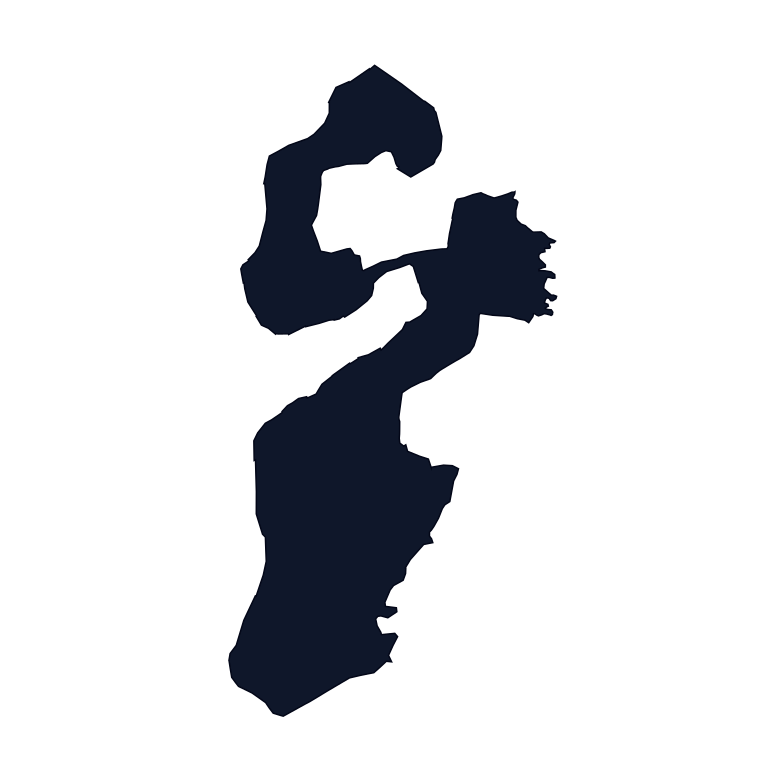 outline of Dowein, Bomi, Liberia, rotated 263°
{"feature_id": "62588387B7448810269647", "entity_name": "Dowein", "entity_type": "district", "adm_level": 2, "iso_a3": "LBR", "parent_name": "Liberia", "parent_adm1": "Bomi", "projection": "natural_earth1", "projection_center": [-10.878, 6.566], "detail": "fine", "context": "isolated", "style": "filled", "palette": "ink", "viewbox_px": 768, "rotation_deg": 263, "n_neighbors": 0, "source": "geoboundaries", "source_scale": "gbopen_adm2", "svg_char_len": 5853}
<svg xmlns="http://www.w3.org/2000/svg" viewBox="0 0 768 768"><g transform="rotate(263 384 384)"><path d="M669.7,363.0L670.4,364.1L659.5,362.7L650.1,356.9L640.4,345.0L638.1,340.5L636.9,338.2L632.5,318.6L628.0,307.8L624.4,298.5L624.2,298.0L616.0,294.7L604.0,291.3L597.5,289.1L597.5,290.1L572.1,289.2L560.7,286.9L549.6,282.3L536.1,277.0L530.0,271.9L523.9,264.3L522.7,264.9L519.5,258.5L515.7,255.9L510.7,256.1L502.8,256.6L501.4,256.7L501.6,257.4L495.6,257.4L481.9,258.9L467.3,265.8L466.8,265.3L457.4,269.5L455.8,272.1L453.4,276.1L446.7,282.4L447.1,282.7L446.5,285.6L445.5,295.1L444.7,295.3L451.0,313.1L450.4,313.2L451.8,324.5L452.1,327.0L454.0,337.2L454.0,342.4L453.5,342.4L454.1,347.7L456.4,351.8L455.2,353.1L461.1,365.4L468.6,377.4L473.3,382.5L480.4,385.1L485.4,385.8L490.3,391.9L495.3,400.3L497.7,413.7L500.2,423.9L497.1,427.4L480.4,430.4L480.4,431.1L469.4,432.6L460.8,437.2L453.3,435.9L447.4,429.1L443.7,420.3L442.3,417.1L442.5,413.3L440.7,412.1L435.8,408.9L431.2,402.7L424.0,392.9L420.4,388.4L418.0,385.2L420.0,384.6L414.9,372.0L413.3,361.5L412.3,361.5L409.3,355.3L408.2,353.0L408.9,352.5L408.4,351.5L406.8,348.6L405.1,345.5L398.6,333.6L398.1,333.6L391.3,322.4L385.5,317.8L382.3,315.4L379.4,306.0L380.8,305.7L380.0,297.4L376.4,290.8L374.3,285.6L369.1,279.4L368.0,279.4L362.1,268.0L359.5,261.4L350.9,252.7L343.5,247.9L323.9,245.8L324.4,247.2L323.2,247.1L292.7,244.2L270.6,241.4L251.1,244.9L249.8,245.1L246.5,247.6L222.3,245.5L209.1,240.9L189.1,231.3L189.4,230.5L166.6,216.1L142.6,205.5L135.2,198.4L128.5,196.4L127.9,196.5L120.8,196.7L111.4,197.1L105.7,200.3L101.7,202.7L101.3,203.2L96.1,211.3L93.4,215.4L82.2,227.7L79.8,228.9L76.1,230.8L70.8,233.9L67.5,241.3L66.6,243.5L67.6,246.0L72.7,258.6L76.4,267.8L76.5,268.2L77.9,271.8L86.3,290.5L96.5,313.9L97.7,325.1L98.3,332.7L98.7,338.7L103.3,345.4L108.5,352.5L107.3,357.7L114.1,355.4L123.6,361.2L131.6,366.7L135.2,364.3L135.5,350.9L137.9,350.6L144.8,347.7L151.9,347.1L154.2,349.6L154.2,352.7L151.5,359.3L156.4,369.0L160.4,369.0L163.1,358.3L167.3,358.3L178.8,365.0L182.8,368.9L186.9,379.1L193.2,382.3L198.6,383.2L198.9,382.7L206.6,388.8L219.9,403.8L220.6,413.1L224.6,412.3L227.5,410.6L231.5,411.1L233.2,413.2L236.5,416.1L244.1,421.7L253.2,426.7L256.7,429.7L259.3,435.0L279.3,441.3L285.4,445.4L290.8,447.6L294.6,441.9L296.2,433.2L295.6,421.2L294.6,420.8L304.1,418.9L307.6,411.3L308.3,409.9L314.3,399.2L321.0,398.2L320.4,396.9L320.0,396.0L323.4,392.5L327.7,392.5L328.2,392.5L330.2,392.9L332.2,393.3L335.6,393.8L344.8,395.0L346.0,394.8L347.4,394.5L347.9,394.6L349.1,394.6L352.6,395.5L370.2,400.1L372.3,400.7L373.2,401.0L376.2,406.9L377.8,410.3L379.4,414.9L381.3,420.3L383.3,429.4L383.7,431.0L385.3,433.1L388.3,437.1L389.8,439.6L390.6,440.9L392.4,444.7L392.8,445.7L394.1,448.5L395.3,451.2L398.3,458.1L399.9,462.1L404.9,472.8L405.3,473.1L411.0,477.9L422.1,482.9L424.6,483.4L432.3,485.0L439.6,486.5L441.0,486.8L442.4,488.1L442.2,488.8L439.0,500.3L436.0,516.2L435.9,517.0L432.6,524.2L432.4,524.8L430.2,531.6L427.2,535.1L428.0,535.8L430.2,537.7L432.8,540.0L433.6,540.3L435.6,540.9L435.2,542.4L433.7,544.1L432.8,545.6L433.4,548.9L434.3,551.5L433.7,553.8L432.3,557.3L431.7,558.2L432.0,558.8L432.4,559.6L434.3,560.1L434.7,560.3L436.6,559.4L437.3,559.0L437.9,556.0L438.4,554.5L439.2,553.5L439.7,553.2L440.8,555.3L441.2,556.6L443.1,556.4L443.9,554.9L444.7,553.6L445.1,553.1L447.9,554.4L449.3,555.5L449.7,555.7L449.1,558.0L448.6,558.5L446.4,559.6L446.1,561.6L447.7,565.0L450.0,566.0L450.6,565.0L451.6,563.0L451.7,561.0L454.5,558.4L455.1,557.9L456.7,556.5L459.3,554.2L459.8,554.2L461.0,554.5L463.9,555.2L466.7,557.0L467.5,557.4L470.0,559.0L469.6,561.3L468.4,564.3L468.3,566.5L468.7,566.6L471.9,566.8L473.3,565.2L474.9,563.6L476.7,557.7L477.3,554.4L477.4,553.1L477.6,551.5L478.9,551.7L480.0,555.4L480.4,558.4L482.6,558.7L485.9,556.1L488.9,553.5L490.9,553.0L493.5,553.5L495.2,555.6L495.3,556.5L495.6,559.1L495.7,559.9L499.1,559.9L498.7,562.7L498.6,565.1L499.9,565.9L502.5,564.9L503.8,565.9L503.6,570.0L504.9,571.6L505.7,570.5L509.0,564.8L513.6,561.4L515.8,558.6L516.0,556.4L516.2,554.2L516.4,551.9L516.5,551.2L516.7,550.1L520.7,546.4L521.3,545.7L523.9,543.6L526.0,539.6L530.1,536.2L530.7,535.9L531.3,535.8L533.4,535.2L538.9,535.9L540.4,536.1L546.1,538.3L548.2,539.1L550.3,537.8L551.5,535.1L552.0,534.7L553.2,534.6L555.8,536.3L556.7,536.9L558.3,537.3L558.9,537.4L558.6,536.8L558.8,534.3L557.6,530.0L556.3,523.6L555.5,518.4L555.2,515.9L558.4,509.4L559.4,507.9L560.6,505.6L562.0,503.6L561.1,495.3L560.2,491.7L560.1,491.0L559.0,486.3L558.5,479.3L556.4,477.6L555.1,476.7L550.3,475.3L544.3,473.1L540.2,471.8L538.6,472.2L537.8,471.6L529.2,468.7L525.5,467.4L516.4,464.9L515.9,464.7L512.9,464.6L511.0,463.4L510.5,463.1L511.0,457.3L511.0,446.7L511.0,442.8L511.0,442.3L510.4,430.5L509.2,419.1L508.6,417.6L507.4,414.5L506.4,411.9L506.0,406.1L505.3,396.3L502.2,387.4L500.0,380.2L499.6,378.9L499.0,377.9L499.5,376.4L503.3,376.0L508.2,375.6L509.8,375.7L511.5,375.8L514.1,375.3L514.4,374.2L514.7,373.4L514.9,372.7L515.8,370.2L520.2,368.4L522.6,366.9L522.6,363.6L520.1,347.6L520.4,346.7L522.4,340.9L522.7,339.8L523.6,337.2L524.2,337.1L534.1,335.2L544.5,332.6L549.2,331.6L550.5,331.3L552.6,332.7L559.5,337.6L561.5,338.2L565.4,339.4L570.6,340.8L581.6,343.6L589.5,345.6L596.2,346.2L598.0,346.5L598.9,347.0L601.1,348.2L602.0,348.8L603.3,350.1L603.7,351.8L604.3,354.6L604.8,355.4L605.5,362.1L605.5,365.3L606.7,373.9L606.1,381.7L605.1,391.8L605.1,394.4L607.9,398.5L610.8,402.7L614.1,409.5L615.4,414.3L613.6,419.6L607.8,421.6L606.6,421.8L601.2,422.7L598.4,423.8L598.1,425.3L596.4,424.5L596.0,423.5L586.2,435.8L596.4,459.6L598.0,461.1L600.5,462.1L604.6,465.8L608.9,468.8L620.1,471.1L622.4,471.5L622.8,471.6L647.3,468.6L649.4,467.2L652.0,467.0L659.8,458.8L659.8,458.0L678.1,439.5L679.5,438.1L697.7,417.7L701.4,413.5L697.7,407.9L698.6,407.8L687.3,386.2L688.3,386.1L684.2,372.5L669.7,363.0Z" fill="#0f172a" stroke="#020617" stroke-width="1.5"/></g></svg>